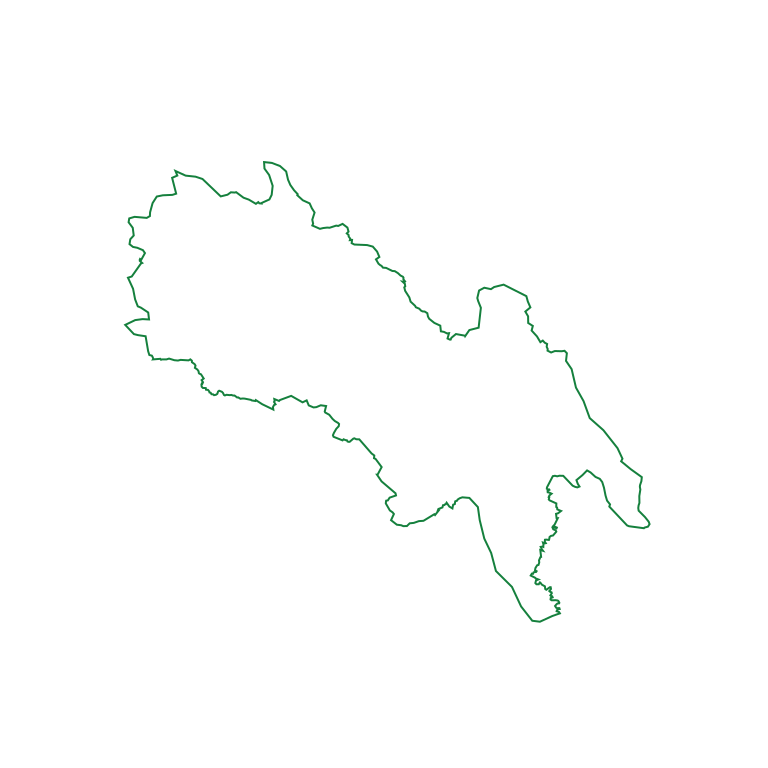 outline of Kota Metro, Lampung, Indonesia, rotated 113°
{"feature_id": "22746128B64737377738458", "entity_name": "Kota Metro", "entity_type": "district", "adm_level": 2, "iso_a3": "IDN", "parent_name": "Indonesia", "parent_adm1": "Lampung", "projection": "equal_earth", "projection_center": [105.315, -5.118], "detail": "fine", "context": "isolated", "style": "outline", "palette": "green", "viewbox_px": 768, "rotation_deg": 113, "n_neighbors": 0, "source": "geoboundaries", "source_scale": "gbopen_adm2", "svg_char_len": 6148}
<svg xmlns="http://www.w3.org/2000/svg" viewBox="0 0 768 768"><g transform="rotate(113 384 384)"><path d="M269.4,659.2L272.9,655.7L277.0,659.6L290.0,649.7L292.6,652.7L296.7,661.3L300.2,666.4L307.9,667.7L317.4,666.4L320.9,665.1L323.8,667.3L327.6,678.9L331.1,683.2L334.9,682.3L338.4,676.3L345.1,672.4L349.9,674.1L354.7,672.9L355.9,668.6L355.0,664.3L355.0,658.2L356.9,655.2L364.5,656.0L364.2,657.4L365.1,657.4L366.1,656.9L367.1,653.9L368.0,654.8L383.6,658.2L386.2,661.2L394.4,652.2L403.3,646.2L408.7,641.0L408.7,637.6L410.3,629.0L416.4,625.5L418.6,631.6L422.4,638.0L430.7,645.3L435.8,633.7L435.1,629.4L433.2,622.1L446.0,613.9L449.0,611.3L448.6,608.8L449.4,607.7L451.1,606.1L451.6,606.2L448.2,599.7L448.8,598.7L448.1,597.9L446.4,593.9L444.6,591.8L444.0,586.2L442.9,582.8L441.3,580.7L438.6,573.1L437.0,571.9L437.6,570.0L439.0,569.3L439.7,566.1L440.7,564.7L443.0,564.4L443.6,561.5L444.7,559.7L446.3,558.7L446.6,558.0L446.6,556.2L449.4,552.1L451.7,553.4L453.1,551.3L454.5,551.3L454.4,551.8L455.7,551.9L457.7,550.8L458.4,549.2L457.4,546.5L458.8,545.6L458.2,543.7L459.1,542.0L460.0,541.3L459.8,540.1L460.8,538.8L460.3,537.2L460.7,536.1L459.6,534.5L458.2,533.6L455.8,533.8L454.6,533.1L454.5,530.1L455.2,528.6L456.6,527.1L456.7,526.0L455.5,524.8L454.5,521.6L453.7,520.2L453.6,518.4L453.0,517.1L453.8,513.9L453.3,513.0L453.7,510.4L452.6,508.5L451.9,506.6L450.6,500.3L450.8,499.3L449.9,495.7L448.9,495.7L450.2,488.2L450.8,475.9L448.7,477.2L446.4,477.0L445.1,475.9L443.5,478.2L442.5,478.0L440.7,479.1L440.6,474.0L439.4,473.5L431.2,464.8L432.7,451.8L429.3,448.8L433.1,444.9L433.1,439.7L431.7,437.2L428.3,433.9L426.9,428.7L432.5,427.8L433.2,427.0L433.7,422.4L436.2,417.8L437.3,414.8L437.8,411.0L438.4,409.7L440.6,409.2L443.8,410.4L448.5,411.0L451.1,411.0L452.3,409.8L452.1,400.1L450.7,399.6L450.7,397.3L450.3,396.2L451.2,395.1L451.0,393.8L450.6,393.0L446.3,390.9L445.6,390.1L445.7,387.9L444.6,385.1L452.8,368.3L453.6,365.0L456.2,364.2L456.3,362.4L461.4,353.7L470.0,354.5L470.2,355.0L474.6,348.2L480.1,330.7L481.9,329.4L486.4,334.4L489.7,335.0L490.5,336.4L490.9,336.4L493.2,335.7L498.1,329.2L498.8,325.9L499.8,324.1L506.6,324.3L508.5,317.2L507.3,313.0L507.3,310.7L505.8,307.4L502.2,305.9L500.2,302.3L496.6,298.3L494.5,294.2L484.2,286.8L484.7,285.8L479.3,284.3L479.6,285.0L477.8,285.1L474.8,282.0L472.5,282.3L471.9,281.2L470.9,280.8L470.6,280.2L468.8,280.0L471.3,276.0L471.8,272.4L468.1,273.2L466.9,271.9L464.2,272.6L462.8,271.1L461.7,271.1L459.6,269.7L457.7,267.6L455.5,260.9L460.6,249.5L471.9,242.7L487.1,231.3L497.7,219.3L512.4,207.9L520.8,186.9L535.2,170.9L544.0,155.0L541.9,147.6L531.8,138.4L526.4,132.5L525.5,133.8L525.7,136.3L524.6,136.4L523.2,135.6L522.5,134.4L521.8,135.0L522.7,137.0L522.7,138.0L521.5,139.8L519.2,139.1L518.1,138.4L517.5,137.1L516.9,137.1L516.0,138.1L515.5,138.9L515.5,139.8L515.9,141.4L517.6,145.2L517.3,146.5L515.9,146.9L514.5,145.4L513.7,146.2L513.9,147.7L513.6,148.3L511.0,147.8L510.3,148.4L510.4,149.8L510.0,150.9L507.4,150.2L505.9,151.2L506.2,151.9L510.0,154.2L509.7,155.5L507.4,156.8L507.0,160.3L505.7,162.6L505.7,163.0L507.9,163.3L508.8,165.4L508.1,166.9L505.4,167.3L503.6,165.5L503.7,168.4L503.3,169.2L503.0,174.1L500.8,173.8L500.5,172.7L498.9,172.7L497.5,170.5L496.7,170.4L496.5,172.2L494.2,172.7L491.0,172.2L490.2,171.1L487.5,171.4L485.8,172.4L482.3,172.4L481.8,171.8L475.7,175.3L475.4,172.5L474.4,174.2L472.7,176.1L471.7,174.6L471.7,173.7L469.3,174.6L467.9,175.7L467.9,173.8L467.3,172.9L466.3,174.4L464.5,175.0L463.9,174.0L462.9,170.5L462.8,171.2L460.1,171.8L458.6,171.0L457.4,169.2L452.6,167.7L451.6,168.8L451.6,171.4L450.2,172.9L449.5,172.5L449.4,168.8L448.6,168.8L448.6,172.7L446.7,172.0L439.6,171.6L440.1,172.7L436.3,174.9L435.0,173.3L431.7,171.4L431.7,175.5L430.1,176.4L429.9,177.4L426.6,178.7L426.4,186.1L425.9,187.2L423.7,187.6L423.7,188.2L421.9,188.2L419.5,186.9L419.4,189.5L419.7,191.0L418.4,191.7L416.8,190.4L416.5,190.8L417.0,192.1L416.8,193.2L415.5,193.6L402.9,192.6L401.7,190.8L401.3,188.5L399.9,186.7L398.5,183.1L403.9,170.6L404.0,167.8L403.6,165.6L402.0,164.0L400.2,166.6L397.3,169.3L390.3,165.7L384.2,163.3L384.7,159.3L386.9,153.0L387.0,148.3L389.0,144.8L393.5,141.0L400.1,136.5L404.2,133.1L406.5,128.9L408.8,128.7L419.2,105.0L419.2,102.9L415.2,88.4L414.4,88.1L412.2,85.3L409.2,84.8L407.3,86.6L404.5,91.8L401.1,100.1L398.8,101.5L396.3,102.2L393.7,102.4L387.4,105.2L381.0,106.8L378.7,108.3L377.1,108.8L372.9,109.1L369.0,110.3L366.0,123.6L362.5,135.5L359.6,135.3L351.8,144.0L340.8,164.0L335.0,181.3L321.8,193.6L312.3,205.9L297.0,217.1L291.6,225.5L284.2,227.7L282.9,230.8L284.4,233.2L286.9,239.6L289.7,242.5L289.4,246.5L287.8,247.0L286.2,248.8L283.4,249.5L283.2,252.1L282.0,254.8L284.4,256.4L280.4,261.8L277.1,269.0L272.4,269.7L271.5,275.1L265.4,277.8L262.1,282.2L256.3,279.2L251.8,283.9L247.5,287.3L245.8,312.7L251.7,320.5L254.9,322.6L256.2,329.3L260.8,333.0L268.4,331.7L270.9,329.7L276.0,324.6L295.2,318.9L301.0,326.5L308.3,328.0L307.9,328.4L309.9,337.3L315.1,340.0L317.1,340.0L317.4,340.8L317.3,343.3L311.8,344.0L312.8,345.7L312.6,349.2L313.3,352.2L308.3,355.0L308.1,361.5L307.1,365.1L306.3,367.9L304.7,369.9L301.9,371.8L301.4,374.9L302.1,376.8L302.0,378.5L300.9,381.0L300.9,384.7L299.9,385.9L297.8,391.7L294.4,394.5L290.0,400.9L287.1,403.1L285.8,402.6L283.6,404.0L282.5,407.0L281.8,404.8L281.4,404.6L280.0,407.1L278.5,407.6L277.9,408.5L277.7,411.2L276.5,414.5L275.9,418.2L276.7,420.5L276.3,427.4L277.3,430.4L276.2,432.5L276.1,433.8L275.4,436.1L272.4,440.1L268.9,437.9L264.8,442.1L261.9,448.0L262.7,453.8L267.2,465.8L267.0,468.8L263.9,469.7L264.9,471.6L263.5,471.7L262.1,474.1L260.7,474.8L259.9,477.1L257.6,476.2L254.3,478.8L252.8,484.7L256.4,487.9L256.9,489.9L261.4,495.1L262.2,497.4L264.2,500.9L266.2,503.6L266.1,511.9L264.1,511.9L260.8,514.2L253.3,514.9L250.4,519.1L246.8,523.0L246.6,530.5L244.1,537.6L243.0,537.6L240.8,542.5L237.4,548.0L233.4,552.2L226.6,557.1L224.0,564.9L224.3,573.5L226.6,581.1L232.4,578.2L236.5,571.4L245.1,563.9L253.8,561.3L258.9,561.6L265.3,567.5L265.7,567.2L266.4,569.4L265.7,570.8L268.2,572.3L267.1,580.5L267.4,586.1L265.2,595.1L266.0,596.0L267.4,599.9L270.9,602.0L275.1,607.6L266.2,631.2L266.8,638.5L269.7,648.0L269.4,659.2Z" fill="none" stroke="#15803d" stroke-width="2"/></g></svg>